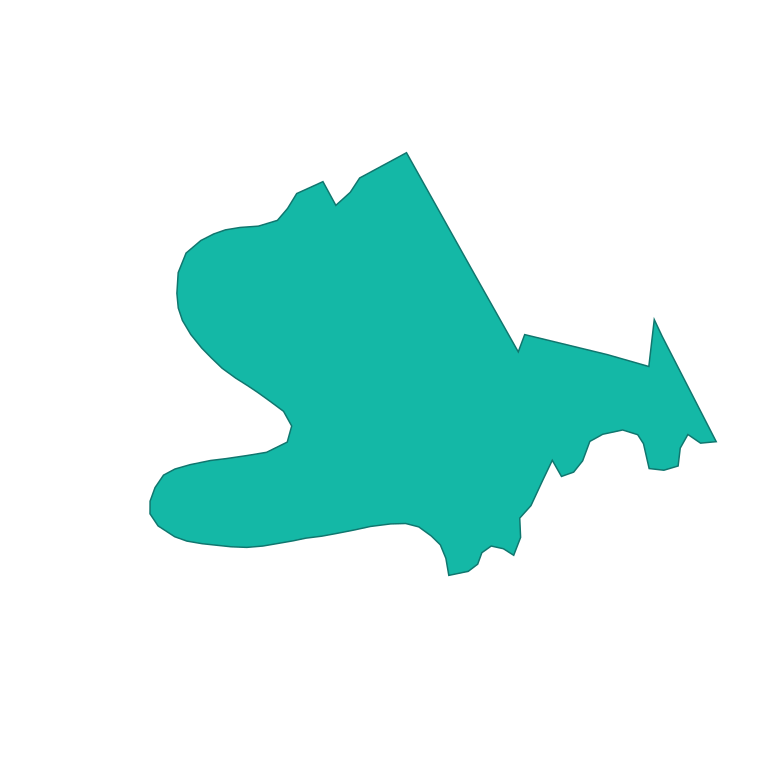 outline of Mariano Moro, Rio Grande do Sul, Brazil, rotated 241°
{"feature_id": "56859067B96204382802981", "entity_name": "Mariano Moro", "entity_type": "district", "adm_level": 2, "iso_a3": "BRA", "parent_name": "Brazil", "parent_adm1": "Rio Grande do Sul", "projection": "orthographic", "projection_center": [-52.177, -27.34], "detail": "fine", "context": "isolated", "style": "filled", "palette": "teal", "viewbox_px": 768, "rotation_deg": 241, "n_neighbors": 0, "source": "geoboundaries", "source_scale": "gbopen_adm2", "svg_char_len": 1299}
<svg xmlns="http://www.w3.org/2000/svg" viewBox="0 0 768 768"><g transform="rotate(241 384 384)"><path d="M185.2,347.9L179.3,366.9L181.0,378.6L189.0,387.8L190.3,399.2L182.1,408.5L171.3,414.4L183.6,429.1L200.9,437.7L206.4,453.6L222.8,476.1L235.7,494.2L217.1,494.4L215.0,507.2L220.5,520.5L234.0,536.2L234.0,550.9L228.1,570.4L216.7,581.3L206.0,582.0L181.5,574.9L172.9,587.0L169.7,601.5L184.3,612.0L192.5,625.3L178.8,632.2L172.5,646.6L291.0,650.4L309.3,651.6L270.9,624.1L301.3,593.7L359.0,531.0L347.0,517.0L445.5,516.3L575.4,515.8L576.0,462.6L568.0,447.4L563.6,428.5L590.6,428.7L592.9,400.0L584.3,384.8L578.8,370.1L583.0,350.6L590.7,334.0L595.7,320.0L597.8,307.9L598.3,293.4L594.5,274.4L581.2,258.0L563.7,246.8L550.2,240.9L537.3,238.5L520.9,239.0L503.8,242.0L490.7,245.6L476.1,250.1L460.9,257.2L449.6,263.4L438.2,269.3L425.1,275.5L408.8,282.9L392.0,282.9L380.1,271.2L381.2,248.2L387.7,229.9L395.3,209.7L401.2,195.2L407.4,175.5L411.0,159.9L411.2,147.0L404.4,133.5L394.9,122.6L383.9,116.4L369.4,117.6L351.9,126.9L342.2,135.4L332.5,147.5L315.8,171.3L307.6,184.8L301.0,199.5L295.1,216.4L290.9,228.5L287.1,240.8L281.0,256.0L276.3,270.0L270.9,286.7L266.0,303.0L258.4,322.0L251.5,335.3L242.2,345.1L228.1,351.7L216.0,355.3L201.5,353.6L185.2,347.9Z" fill="#14b8a6" stroke="#0f766e" stroke-width="1.5"/></g></svg>